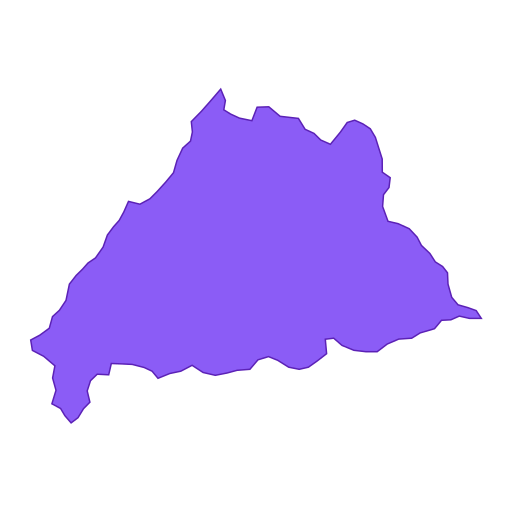 the district of Capela Nova, Minas Gerais, Brazil
{"feature_id": "56859067B12551134046760", "entity_name": "Capela Nova", "entity_type": "district", "adm_level": 2, "iso_a3": "BRA", "parent_name": "Brazil", "parent_adm1": "Minas Gerais", "projection": "albers", "projection_center": [-43.609, -20.915], "detail": "fine", "context": "isolated", "style": "filled", "palette": "violet", "viewbox_px": 512, "rotation_deg": 0, "n_neighbors": 0, "source": "geoboundaries", "source_scale": "gbopen_adm2", "svg_char_len": 1605}
<svg xmlns="http://www.w3.org/2000/svg" viewBox="0 0 512 512"><path d="M481.3,318.4L476.2,310.6L467.8,307.6L458.0,304.8L451.7,297.3L448.0,284.1L447.5,272.8L442.6,266.5L435.3,261.9L429.9,253.5L421.4,245.4L417.1,237.1L409.2,228.7L398.2,223.7L388.0,221.3L382.6,206.5L383.5,194.7L389.0,187.5L390.2,177.7L382.3,172.2L382.2,159.0L378.5,147.3L375.4,137.4L370.3,128.8L362.9,123.9L354.7,120.2L347.2,122.5L340.4,132.1L330.4,144.3L320.7,140.0L314.0,133.4L305.1,129.3L298.4,118.4L280.1,116.3L268.8,106.8L257.1,107.2L251.9,120.7L239.4,118.1L230.5,114.0L223.8,109.8L225.4,100.5L220.7,89.1L211.1,100.3L201.5,111.2L191.3,121.6L192.4,132.0L190.5,141.1L182.7,148.1L177.0,160.4L173.5,172.7L165.7,182.1L157.1,191.6L149.9,198.8L139.9,204.2L128.5,201.4L123.8,212.0L119.2,220.4L113.6,226.7L107.4,235.0L103.1,247.1L95.5,257.9L88.0,263.0L82.6,269.1L76.2,275.4L69.4,284.1L66.0,300.4L59.4,310.3L52.5,316.6L49.3,328.2L39.9,335.1L30.7,340.0L32.4,350.4L43.7,356.3L54.9,365.8L52.6,378.0L56.0,390.3L51.9,403.8L60.6,408.5L64.9,415.7L71.1,422.9L78.0,417.7L83.5,408.7L89.9,402.2L87.2,390.9L90.5,380.7L97.2,374.2L108.7,374.8L111.3,363.5L121.9,363.9L132.2,364.4L144.2,367.5L152.1,371.2L158.0,378.3L169.8,373.5L180.8,371.2L192.1,365.3L203.1,372.5L215.3,375.3L227.1,373.0L237.1,370.3L249.9,369.3L258.0,359.8L268.5,356.6L277.7,360.3L288.7,367.2L299.2,369.3L308.4,367.2L316.9,361.2L326.6,353.7L325.3,339.2L333.7,338.2L342.0,345.4L353.9,350.3L365.8,351.7L377.2,351.7L387.3,344.0L398.7,339.1L411.7,338.2L420.2,332.9L434.5,328.7L441.5,320.3L450.9,319.8L459.3,316.1L469.5,318.4L481.3,318.4Z" fill="#8b5cf6" stroke="#5b21b6" stroke-width="1.5"/></svg>